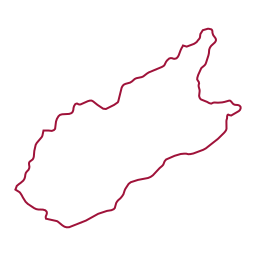 SVG path tracing the border of Caazapá
{"feature_id": "PRY-618", "entity_name": "Caazapá", "entity_type": "Department", "adm_level": 1, "iso_a3": "PRY", "parent_name": "Paraguay", "parent_adm1": "", "projection": "albers", "projection_center": [-55.918, -26.161], "detail": "fine", "context": "isolated", "style": "outline", "palette": "rose", "viewbox_px": 256, "rotation_deg": 0, "n_neighbors": 0, "source": "natural_earth", "source_scale": "10m", "svg_char_len": 2802}
<svg xmlns="http://www.w3.org/2000/svg" viewBox="0 0 256 256"><path d="M186.7,46.6L193.9,43.9L195.5,42.9L196.9,41.8L197.7,40.6L199.1,39.0L199.8,37.9L200.1,36.7L200.1,36.0L200.4,34.0L202.8,30.2L208.0,28.7L209.4,28.9L211.4,29.4L212.1,30.2L212.4,31.2L212.4,32.4L212.7,33.7L213.3,35.3L215.2,37.8L215.8,38.9L216.0,40.1L215.7,41.1L214.9,42.4L211.2,45.8L210.0,47.5L209.2,49.6L208.9,53.3L208.4,55.5L206.1,62.6L205.5,64.1L204.6,65.3L201.5,67.9L201.1,68.5L198.2,74.9L197.3,77.8L197.2,79.5L198.0,80.8L198.7,81.8L199.1,83.4L198.6,85.1L198.7,86.7L199.6,90.0L199.6,91.5L199.1,95.9L199.6,97.7L200.4,98.9L201.1,99.5L207.1,101.9L209.0,103.0L210.2,103.4L211.3,103.6L213.2,102.7L214.4,102.5L217.9,102.7L222.1,102.4L224.6,101.9L229.2,100.6L230.1,100.7L231.0,101.4L231.6,102.1L232.1,102.7L232.8,103.6L233.7,104.3L234.9,104.8L237.7,105.0L238.8,105.3L239.7,105.8L240.6,107.0L240.6,108.4L240.0,109.9L238.8,111.1L231.2,115.5L229.3,115.1L228.7,114.8L228.2,114.6L227.7,114.8L227.4,115.3L227.1,116.5L227.1,117.6L227.0,118.6L226.6,119.7L226.4,121.0L226.5,128.7L226.1,130.1L225.2,131.5L224.0,132.9L218.0,138.8L205.8,148.4L203.2,149.8L193.3,153.5L190.3,154.1L188.3,154.2L186.3,153.7L183.8,153.7L180.7,154.0L174.6,155.8L166.1,159.5L164.6,161.3L163.3,164.6L162.3,165.8L159.6,168.1L152.9,175.3L150.6,176.9L148.0,178.0L138.0,179.9L130.8,182.2L128.6,183.9L125.4,188.8L124.7,190.3L123.4,194.3L122.0,196.4L120.3,198.4L118.3,200.1L117.1,201.5L116.2,203.0L114.8,208.0L113.7,209.2L111.4,210.2L107.0,210.9L98.2,213.8L85.9,220.6L69.2,227.2L66.7,227.3L64.5,226.7L62.3,225.3L57.8,221.6L56.9,221.1L46.0,218.7L45.7,217.3L45.7,216.9L45.9,216.1L46.6,214.4L46.9,213.0L46.6,211.6L45.3,210.3L42.9,209.6L38.3,209.5L36.2,209.1L34.1,208.1L27.9,204.0L25.6,201.8L22.9,197.5L21.7,195.2L20.4,193.2L19.6,192.2L15.4,189.6L16.8,185.9L18.8,184.2L20.5,183.0L23.3,180.6L24.5,178.7L25.1,176.6L25.3,174.8L25.8,173.0L26.7,171.7L28.6,169.7L29.3,167.9L29.4,166.4L29.1,164.9L29.0,163.4L29.2,162.4L29.8,161.6L32.7,159.4L33.4,158.1L33.8,156.7L34.3,150.9L35.7,144.8L36.8,142.9L41.7,137.1L42.4,135.7L43.5,130.5L48.2,130.5L51.8,130.9L53.9,130.1L55.1,128.8L56.0,121.6L56.9,118.9L58.5,116.2L60.0,114.9L62.1,114.3L69.2,113.9L71.5,113.1L72.7,111.8L73.3,110.0L73.5,108.1L74.0,106.2L75.2,104.2L76.4,103.6L77.3,103.6L78.3,104.2L79.3,104.5L80.6,104.4L87.8,101.2L89.9,100.6L91.6,100.6L92.8,101.2L93.5,101.7L97.5,104.9L103.2,108.7L105.9,109.0L114.1,104.9L117.7,102.4L117.9,102.1L118.1,101.8L118.5,100.4L121.6,87.9L122.3,86.4L123.6,84.8L125.4,83.9L130.1,82.6L132.0,81.4L134.7,79.0L136.4,78.2L141.7,77.1L143.3,76.4L146.9,73.6L148.8,72.4L161.8,67.0L163.7,65.9L164.5,65.0L166.0,61.9L167.1,60.4L169.2,58.5L170.7,58.1L172.1,58.2L173.4,58.7L174.7,58.8L176.5,58.3L177.8,56.9L178.7,55.3L180.6,50.2L181.7,47.9L182.2,47.2L183.0,45.5L186.7,46.6Z" fill="none" stroke="#9f1239" stroke-width="2"/></svg>